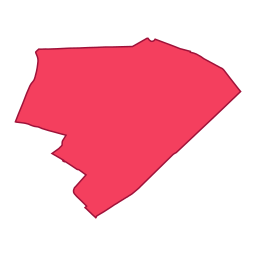 the district of Al Zaytun, Al Qahirah, Egypt
{"feature_id": "37247803B62499095418831", "entity_name": "Al Zaytun", "entity_type": "district", "adm_level": 2, "iso_a3": "EGY", "parent_name": "Egypt", "parent_adm1": "Al Qahirah", "projection": "orthographic", "projection_center": [31.299, 30.1], "detail": "fine", "context": "isolated", "style": "filled", "palette": "rose", "viewbox_px": 256, "rotation_deg": 0, "n_neighbors": 0, "source": "geoboundaries", "source_scale": "gbopen_adm2", "svg_char_len": 3129}
<svg xmlns="http://www.w3.org/2000/svg" viewBox="0 0 256 256"><path d="M190.4,51.4L181.3,49.0L180.7,48.9L180.1,48.7L173.5,46.1L155.4,39.3L155.1,39.2L154.9,39.4L154.7,39.9L154.5,40.1L154.3,40.3L154.1,40.5L153.9,40.7L153.6,40.9L153.3,41.0L153.0,41.1L152.5,41.3L152.1,41.3L151.8,41.3L151.5,41.3L151.2,41.3L150.9,41.2L150.6,41.0L150.4,40.9L150.2,40.7L149.9,40.5L149.7,40.4L149.5,40.2L149.3,40.0L149.1,39.8L149.0,39.6L148.8,39.4L148.6,39.1L148.4,38.8L148.2,38.6L148.0,38.3L147.5,38.3L147.3,38.3L147.0,38.4L146.7,38.4L145.6,39.1L132.5,46.5L112.5,47.0L106.0,47.0L96.1,47.4L88.4,47.6L79.4,48.0L68.7,48.2L56.6,48.8L47.9,49.1L45.0,49.0L44.7,49.1L44.2,49.1L43.4,49.1L41.0,49.2L38.8,49.1L37.3,50.4L36.1,51.6L35.7,52.1L35.7,52.3L36.0,53.4L36.2,53.8L36.4,54.3L37.3,56.5L37.8,58.3L38.0,59.9L38.0,61.5L37.7,64.1L37.2,67.8L36.4,71.9L35.5,75.3L35.4,75.8L35.3,76.3L34.5,78.8L33.8,80.4L32.5,82.1L31.3,83.5L29.9,85.9L28.7,88.7L26.7,93.3L23.5,101.6L22.6,103.9L18.4,114.1L15.4,121.8L15.9,122.0L16.5,122.1L20.6,122.6L24.4,123.1L26.2,123.5L28.5,124.1L30.7,125.1L32.9,125.9L34.6,126.4L38.2,126.9L40.2,127.7L42.0,128.5L48.9,130.6L53.1,131.7L61.1,133.9L66.0,135.2L64.1,138.4L62.8,140.4L62.6,140.8L62.4,141.2L62.2,142.3L62.1,144.1L62.1,144.5L62.1,145.0L61.7,145.7L61.4,146.0L61.1,146.3L58.8,148.6L52.0,153.5L63.3,160.1L63.0,160.5L62.8,160.8L64.1,161.6L64.2,161.3L64.4,161.1L66.2,162.2L69.2,164.1L76.8,169.2L77.0,169.3L77.3,169.4L77.6,169.5L77.9,169.5L78.0,169.6L78.4,169.6L78.7,169.7L79.0,169.8L79.3,170.0L86.0,174.9L75.7,186.5L75.1,187.1L74.5,187.7L73.8,189.5L73.7,189.8L73.6,190.1L73.6,190.4L73.5,190.8L73.5,191.1L73.6,191.4L73.6,191.7L73.6,192.1L73.7,192.4L73.8,192.7L74.0,193.0L74.1,193.3L74.3,193.6L74.5,193.9L74.7,194.1L76.6,196.3L81.5,201.0L86.6,206.1L86.2,206.5L85.8,206.9L85.0,207.6L85.4,208.0L85.9,208.3L92.4,214.6L95.8,217.7L96.0,217.4L96.2,217.2L96.2,216.7L96.4,216.4L96.5,216.2L98.3,215.0L104.5,211.3L111.1,207.0L114.8,204.5L115.2,204.3L115.4,204.2L115.6,204.0L116.1,203.8L116.3,203.7L116.5,203.5L117.0,203.3L117.2,203.1L117.4,203.0L117.7,202.8L117.8,202.7L118.0,202.6L118.3,202.4L118.5,202.2L119.0,202.0L119.4,201.7L119.7,201.5L119.8,201.4L120.2,201.2L120.4,201.1L120.6,200.9L120.9,200.8L121.0,200.7L121.4,200.5L121.7,200.3L121.8,200.2L122.1,200.0L122.5,199.8L122.8,199.6L123.2,199.4L123.5,199.2L123.8,199.0L124.0,198.8L124.3,198.6L124.8,198.4L125.2,198.1L125.6,197.8L126.0,197.6L126.5,197.3L126.9,197.1L127.0,197.1L127.4,196.8L127.9,196.5L128.3,196.2L128.8,195.9L129.2,195.6L129.7,195.3L130.0,195.2L130.4,194.9L130.6,194.8L131.0,194.5L131.3,194.3L131.5,194.2L131.8,194.0L132.1,193.8L134.4,191.9L138.4,188.5L139.7,187.3L139.9,187.0L140.1,186.8L173.1,154.4L174.3,153.6L174.8,153.3L175.2,153.1L176.2,152.6L179.2,149.8L216.2,114.9L216.4,114.7L216.6,114.5L218.9,112.3L220.7,110.6L232.9,98.9L234.1,97.8L240.6,91.5L238.3,88.7L229.4,77.3L224.1,70.4L223.9,70.1L223.6,69.9L223.4,69.6L223.2,69.4L222.9,69.1L222.6,68.9L222.4,68.7L222.1,68.5L221.8,68.3L221.5,68.2L221.2,68.0L221.0,67.9L220.8,67.9L204.0,58.8L203.7,58.6L201.0,56.7L196.4,54.1L193.7,53.1L190.8,52.4L190.3,52.3L190.4,51.6L190.4,51.4Z" fill="#f43f5e" stroke="#9f1239" stroke-width="1.5"/></svg>